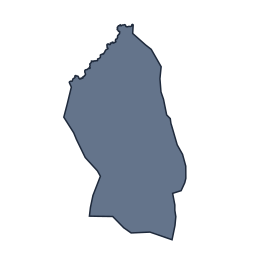 Norovlin, Hentiy, Mongolia (Mercator projection), rotated 10°
{"feature_id": "93677404B9718982388588", "entity_name": "Norovlin", "entity_type": "district", "adm_level": 2, "iso_a3": "MNG", "parent_name": "Mongolia", "parent_adm1": "Hentiy", "projection": "mercator", "projection_center": [111.78, 48.583], "detail": "fine", "context": "isolated", "style": "filled", "palette": "slate", "viewbox_px": 256, "rotation_deg": 10, "n_neighbors": 0, "source": "geoboundaries", "source_scale": "gbopen_adm2", "svg_char_len": 4577}
<svg xmlns="http://www.w3.org/2000/svg" viewBox="0 0 256 256"><g transform="rotate(10 128 128)"><path d="M105.3,221.5L114.2,220.1L128.3,217.8L141.1,227.0L149.3,230.8L167.7,226.7L190.8,230.4L191.2,215.9L190.5,207.0L188.4,200.9L187.5,195.7L183.3,184.6L191.2,180.5L193.4,172.1L193.7,167.5L191.5,155.5L186.3,144.5L179.4,136.1L171.0,119.0L169.5,116.1L168.0,111.4L163.8,108.4L158.0,93.6L154.2,86.7L150.9,73.9L150.0,61.9L137.2,46.5L130.8,43.1L116.2,34.1L115.2,25.6L114.6,25.2L114.4,25.2L114.2,25.3L113.9,25.6L113.8,25.9L113.8,26.4L113.8,26.7L113.8,27.0L113.6,27.2L113.2,27.4L112.8,27.6L112.3,27.7L111.9,27.7L111.4,27.7L111.1,27.8L110.7,28.0L110.3,28.3L110.1,28.4L109.5,28.4L109.3,28.5L109.0,28.5L108.9,28.5L108.7,28.5L108.3,28.4L108.1,28.1L107.9,27.5L107.7,27.2L107.4,27.0L107.1,26.9L106.9,26.8L106.7,26.8L106.3,27.0L105.8,27.3L105.4,27.4L105.1,27.4L104.2,27.8L103.9,28.1L103.7,28.4L103.6,28.5L103.4,28.5L103.2,28.5L102.9,28.5L102.7,28.3L102.7,28.2L102.6,27.8L102.4,27.7L102.3,27.8L102.2,27.9L102.0,28.5L101.9,28.6L101.5,28.8L101.0,28.9L100.8,29.1L100.7,29.3L100.5,29.8L100.5,30.0L100.3,30.2L100.2,30.4L100.1,30.5L100.1,30.8L100.0,31.0L100.3,31.5L100.5,31.9L100.5,32.0L100.4,32.2L100.2,32.3L100.2,32.6L100.2,32.8L100.3,33.0L100.7,33.2L100.8,33.3L101.3,33.6L101.5,33.9L101.7,34.3L101.8,34.4L102.0,34.5L102.3,34.4L102.7,34.3L102.9,34.4L103.1,34.6L103.2,34.8L103.2,35.2L103.2,35.5L103.2,35.9L103.3,36.5L103.2,36.8L102.9,37.0L102.7,37.3L102.5,37.8L101.9,38.6L101.8,38.8L101.8,39.1L101.8,39.3L101.8,39.6L101.9,40.3L102.0,40.5L102.0,40.8L101.9,40.9L101.8,41.0L101.8,41.3L101.8,41.5L101.8,41.8L101.7,42.0L101.4,42.3L101.1,42.4L100.8,42.5L100.5,42.8L100.4,43.2L100.5,43.4L100.5,43.8L100.4,44.3L100.5,44.5L100.8,44.7L100.9,44.8L101.0,44.9L101.0,45.2L101.0,45.3L100.9,45.5L100.7,45.5L100.2,45.9L99.9,46.2L99.4,46.6L99.2,46.8L98.9,46.9L98.7,46.9L98.4,46.7L98.2,46.3L98.2,46.1L97.9,46.1L97.6,46.2L97.6,46.4L97.5,46.7L97.5,46.9L97.3,47.1L97.1,47.2L96.9,47.2L96.4,47.2L96.2,47.3L95.9,47.5L96.0,47.8L96.0,48.2L96.1,48.5L96.0,48.8L95.9,48.9L95.6,48.9L95.4,48.9L95.2,48.9L95.2,49.0L94.9,49.0L94.6,49.0L94.5,48.9L94.3,48.8L94.1,48.7L93.9,48.6L93.7,48.7L93.4,48.8L93.1,49.1L92.9,49.3L92.8,49.5L92.9,50.1L92.9,50.4L93.0,50.5L93.3,50.8L93.3,51.0L93.2,51.2L93.2,51.4L93.3,51.7L93.3,52.0L93.5,52.3L93.9,52.5L94.1,52.6L94.2,52.8L94.3,52.9L94.4,53.1L94.4,53.4L94.4,53.5L94.1,53.8L93.4,54.2L93.0,54.4L92.9,54.6L92.8,54.8L92.6,55.1L92.2,55.8L92.1,56.1L92.1,56.4L92.0,56.6L92.0,56.8L91.8,57.3L91.7,57.6L91.4,58.2L91.3,58.4L91.2,58.6L91.2,58.9L91.2,59.0L91.0,59.3L90.8,59.4L90.6,59.4L90.4,59.4L90.2,59.4L90.1,59.5L89.8,59.8L89.6,60.0L89.3,60.0L88.7,60.4L88.4,60.7L88.2,60.8L88.2,61.0L88.2,61.3L88.3,61.4L88.3,61.5L88.2,61.8L88.3,61.9L88.5,62.7L88.5,63.0L88.5,63.3L88.3,63.6L87.7,64.3L87.4,64.6L86.7,64.9L86.4,65.1L86.2,65.2L86.1,65.4L86.2,65.6L86.2,65.8L86.3,66.5L86.3,66.8L86.2,67.0L85.7,67.2L85.2,67.2L84.9,67.2L84.6,67.3L84.3,67.6L84.1,67.7L83.6,67.8L83.3,67.7L83.1,67.7L82.9,67.7L82.8,67.8L82.7,68.0L82.6,68.3L82.4,68.5L82.2,68.6L81.8,68.5L81.6,68.4L81.3,68.3L80.7,68.3L80.4,68.4L80.3,68.5L80.6,68.8L80.7,69.0L80.6,69.5L80.1,70.3L79.9,70.6L79.6,71.1L79.4,71.3L79.3,71.5L79.3,71.8L79.4,72.1L79.7,72.5L79.8,72.8L79.8,73.0L79.7,73.4L79.7,73.7L79.6,74.0L79.7,74.3L79.8,74.5L80.0,74.8L80.2,75.1L80.2,75.4L80.2,75.7L80.1,75.8L80.0,76.0L79.9,76.0L79.7,76.0L79.5,75.9L79.1,75.7L78.9,75.8L78.2,76.8L78.0,77.1L77.7,77.5L76.9,77.7L76.5,77.9L76.0,78.2L75.8,78.4L75.6,78.6L75.6,78.9L75.5,79.3L75.6,79.6L75.7,80.3L76.0,80.9L76.2,81.2L76.6,81.9L76.7,82.3L76.7,82.6L76.8,82.7L76.7,82.9L76.7,83.2L76.6,83.3L76.4,83.7L76.1,84.1L76.1,84.4L76.0,84.5L76.0,84.4L75.9,84.3L75.7,84.6L75.5,84.9L75.1,85.2L74.9,85.4L74.7,85.6L74.8,85.7L74.9,85.9L74.9,86.4L74.9,86.6L74.7,86.8L74.4,86.9L74.2,86.9L73.8,86.8L73.6,86.8L73.2,86.9L73.2,87.0L73.3,87.4L73.3,87.5L73.2,87.7L73.0,87.8L72.7,87.8L72.3,88.0L72.2,88.0L71.9,88.1L71.7,88.0L71.6,87.9L71.4,87.8L71.3,87.7L71.2,87.7L70.9,87.4L70.8,87.0L70.8,86.9L70.7,86.7L70.1,86.1L69.9,85.9L69.7,85.7L69.3,85.6L69.1,85.7L68.8,85.8L68.6,85.8L68.4,85.8L68.1,85.7L67.7,85.4L67.4,85.4L67.2,85.5L66.7,85.9L66.7,86.1L66.7,86.3L66.7,86.5L66.8,86.7L66.9,87.0L67.0,87.3L67.0,87.5L66.7,87.9L66.3,88.2L65.8,88.6L65.5,88.9L65.3,89.2L65.2,89.4L65.2,89.8L65.2,90.0L65.0,90.6L65.0,90.8L65.0,91.0L64.9,91.4L64.8,91.6L64.7,91.7L64.5,91.8L64.1,91.8L63.8,91.8L63.5,91.8L63.4,91.9L62.7,92.3L62.4,92.6L62.3,92.8L62.3,93.1L62.3,93.4L65.1,97.6L64.0,114.9L62.9,128.5L75.4,142.2L79.2,148.2L91.0,164.5L105.3,175.5L109.2,180.3L105.2,200.5L104.8,212.6L105.3,221.5Z" fill="#64748b" stroke="#1e293b" stroke-width="1.5"/></g></svg>